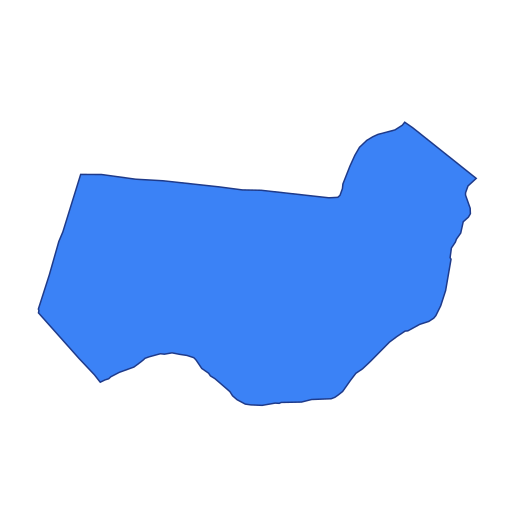 the district of Tectitán, Huehuetenango, Guatemala, rotated 96°
{"feature_id": "79465075B96618305654863", "entity_name": "Tectitán", "entity_type": "district", "adm_level": 2, "iso_a3": "GTM", "parent_name": "Guatemala", "parent_adm1": "Huehuetenango", "projection": "mercator", "projection_center": [-92.03, 15.362], "detail": "fine", "context": "isolated", "style": "filled", "palette": "blue", "viewbox_px": 512, "rotation_deg": 96, "n_neighbors": 0, "source": "geoboundaries", "source_scale": "gbopen_adm2", "svg_char_len": 1323}
<svg xmlns="http://www.w3.org/2000/svg" viewBox="0 0 512 512"><g transform="rotate(96 256 256)"><path d="M155.8,45.1L112.1,113.5L107.4,122.1L110.6,124.1L116.1,131.0L122.3,147.4L125.2,152.3L129.4,157.9L137.0,164.4L145.5,168.2L156.9,172.0L175.3,177.1L180.0,177.1L186.9,178.8L189.1,180.8L190.5,189.6L190.1,257.8L191.7,276.5L191.1,299.9L190.9,356.6L192.2,383.7L191.1,418.1L193.2,438.9L252.2,450.6L262.1,453.6L296.5,459.6L331.5,466.9L333.0,466.2L335.3,466.4L376.3,421.4L391.1,404.2L396.5,399.0L397.8,397.7L395.0,393.2L393.5,389.7L391.3,387.8L386.0,379.8L379.2,365.8L373.3,359.4L370.8,356.9L369.4,355.8L367.5,351.9L363.2,340.9L363.2,336.8L361.1,329.4L361.8,321.4L362.1,314.3L363.6,307.3L365.1,305.4L366.1,304.4L373.5,298.2L377.5,290.9L380.0,288.8L382.3,284.0L387.7,276.2L393.6,267.8L397.5,264.7L400.9,259.8L404.4,251.2L404.6,245.6L403.9,234.3L400.3,221.6L400.1,217.5L399.0,215.7L396.5,195.5L392.9,185.7L390.1,166.3L388.3,162.8L385.8,159.9L381.7,155.7L369.7,149.0L362.2,144.4L357.1,138.3L348.6,131.0L327.7,114.3L321.4,107.5L315.1,99.9L314.6,97.2L306.9,86.1L303.0,77.3L299.2,72.7L296.5,70.9L286.2,67.1L270.5,63.8L238.8,61.7L237.4,62.8L227.6,62.5L221.4,59.2L218.2,58.4L211.8,54.8L200.3,53.5L195.1,48.8L191.5,47.2L186.1,48.0L173.5,54.0L171.2,54.2L164.2,52.5L155.8,45.1Z" fill="#3b82f6" stroke="#1e3a8a" stroke-width="1.5"/></g></svg>